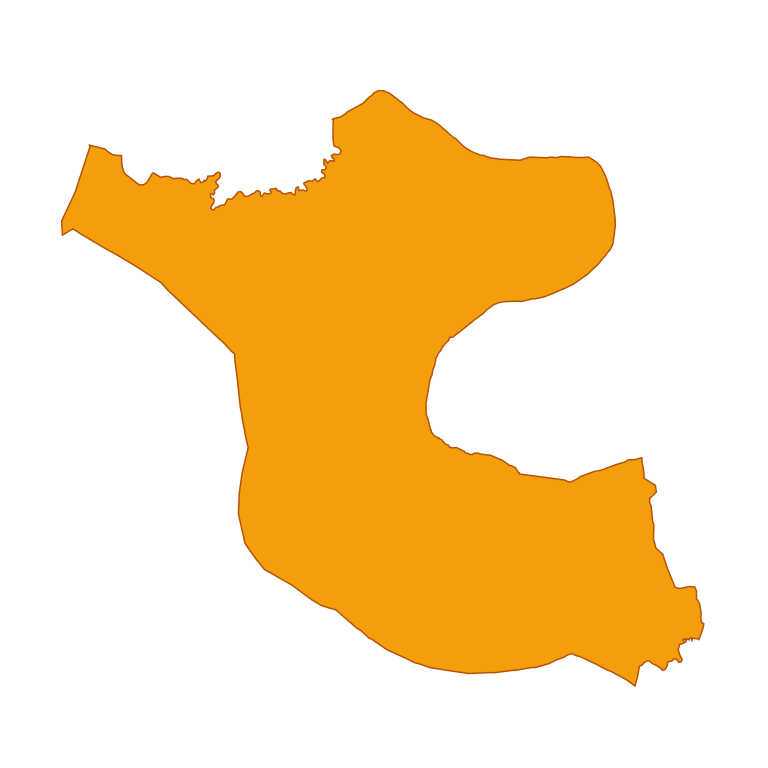 Niani, Central River, Gambia, rotated 182°
{"feature_id": "56634734B41420439456091", "entity_name": "Niani", "entity_type": "district", "adm_level": 2, "iso_a3": "GMB", "parent_name": "Gambia", "parent_adm1": "Central River", "projection": "robinson", "projection_center": [-14.889, 13.677], "detail": "fine", "context": "isolated", "style": "filled", "palette": "amber", "viewbox_px": 768, "rotation_deg": 182, "n_neighbors": 0, "source": "geoboundaries", "source_scale": "gbopen_adm2", "svg_char_len": 6091}
<svg xmlns="http://www.w3.org/2000/svg" viewBox="0 0 768 768"><g transform="rotate(182 384 384)"><path d="M710.6,521.7L709.8,522.0L704.7,525.4L701.7,527.4L699.8,528.1L692.9,523.7L670.4,511.4L668.0,510.1L655.9,504.0L634.2,491.9L610.6,477.7L603.6,470.5L554.2,426.8L545.1,419.0L537.8,411.6L534.3,408.7L533.7,401.2L531.6,389.4L529.5,375.1L526.8,355.8L525.3,349.7L524.3,343.6L519.5,322.6L517.5,315.7L522.7,290.3L524.8,270.0L524.9,249.0L517.3,219.8L504.7,203.1L504.3,203.0L496.9,194.4L468.5,179.5L448.7,165.8L438.3,160.2L425.4,156.8L424.6,157.1L423.8,156.3L415.5,149.5L410.4,145.4L402.2,138.7L398.8,137.0L390.3,129.7L387.4,128.6L371.7,118.5L351.8,110.3L343.5,106.5L339.4,105.7L328.3,102.2L310.8,100.0L289.2,97.6L278.1,98.5L267.7,99.3L263.8,99.3L245.3,102.3L242.4,102.5L226.7,105.8L223.3,105.8L209.2,110.4L201.6,114.5L194.6,117.2L191.0,119.6L186.8,121.2L182.2,119.1L178.6,118.5L171.7,115.4L162.7,111.6L150.8,105.9L146.9,104.6L131.6,97.0L122.6,91.0L120.4,100.5L119.0,110.0L118.5,111.1L116.3,112.1L113.9,114.9L111.2,116.5L108.8,116.2L106.1,114.0L101.7,112.1L98.6,110.3L95.4,107.5L93.0,108.6L91.1,112.4L90.8,115.9L89.4,116.5L86.7,117.0L84.8,119.2L82.6,119.5L80.9,117.8L79.9,116.2L77.5,116.5L76.5,118.4L76.7,119.6L77.2,120.5L78.7,123.0L80.9,129.5L80.1,130.6L79.7,134.1L76.7,134.9L73.8,136.5L76.3,138.2L76.3,139.0L75.3,139.8L72.9,138.2L72.9,140.1L69.9,139.0L69.9,140.3L68.0,141.1L67.3,138.7L66.4,140.7L61.1,140.1L60.5,139.6L58.4,145.2L56.8,150.7L56.2,153.4L56.1,155.6L57.9,156.5L58.6,157.9L58.8,158.9L59.1,160.3L59.1,162.0L59.1,163.4L59.1,165.5L59.4,167.5L59.7,169.5L60.1,170.8L60.4,172.5L60.6,173.9L60.7,174.7L61.7,176.6L62.7,178.5L62.9,178.7L64.2,180.1L64.5,188.2L65.9,190.9L66.4,192.0L71.9,192.2L81.6,189.8L86.1,191.2L94.5,210.0L99.6,223.9L102.1,225.6L106.6,229.6L107.8,234.0L109.3,238.1L109.3,252.0L110.9,257.1L112.7,271.0L114.5,275.4L114.5,278.8L108.1,285.5L109.3,292.3L120.6,298.7L121.5,306.5L123.2,314.1L123.2,314.4L123.4,315.5L123.6,316.2L123.6,318.5L123.7,319.2L124.0,319.2L127.4,318.2L130.1,317.2L137.3,316.7L140.0,314.7L148.2,311.9L156.4,308.6L163.9,305.5L171.2,303.8L184.3,298.4L187.9,295.7L194.0,292.6L196.4,292.6L199.8,294.3L245.6,298.8L245.6,299.8L246.5,300.1L249.8,305.2L252.2,305.9L253.8,306.9L255.6,306.9L262.5,311.6L275.6,316.7L280.4,316.7L282.4,317.2L284.2,317.2L288.2,318.2L291.8,317.9L293.0,316.6L295.8,316.6L296.7,317.2L297.6,317.6L299.7,317.6L301.5,319.6L302.4,319.9L309.1,323.0L312.1,322.7L314.9,322.7L315.8,323.3L316.7,323.7L317.3,325.0L318.5,325.4L320.0,326.1L320.9,326.4L324.6,330.5L325.8,330.8L327.9,332.2L329.7,332.8L332.2,334.2L334.0,336.6L335.2,337.6L335.2,339.6L335.8,339.9L337.9,347.1L338.5,349.8L339.7,352.1L340.8,355.7L340.9,357.1L341.4,366.9L340.8,368.9L340.8,371.6L339.6,378.7L338.4,389.2L337.1,393.0L336.2,395.3L336.2,396.3L335.6,400.1L334.1,404.1L333.2,409.5L333.2,410.9L330.5,417.0L328.3,419.7L326.8,423.1L324.1,426.5L320.8,429.9L320.1,432.9L316.8,433.2L315.3,434.6L299.1,448.3L295.1,452.0L293.0,453.1L291.2,455.1L287.8,457.5L284.2,461.5L277.8,466.6L276.0,467.6L272.7,469.0L268.4,470.3L263.3,470.7L256.3,471.3L249.9,471.3L244.1,472.7L238.4,474.4L236.0,474.4L226.9,476.7L223.5,478.1L217.5,480.8L209.9,484.5L208.7,484.9L198.3,490.3L190.8,496.0L184.4,500.8L178.9,506.5L174.7,510.6L169.4,517.5L167.2,519.9L166.0,522.3L163.0,525.7L161.8,528.0L160.0,532.1L159.7,536.5L159.1,540.9L158.8,545.6L158.4,549.7L158.7,556.5L160.0,565.0L160.6,569.0L161.8,575.8L162.4,578.5L163.3,580.9L163.9,584.3L164.8,586.0L166.0,589.0L167.2,592.4L168.7,596.8L170.0,599.5L171.8,603.2L173.3,605.9L175.1,609.0L177.2,611.0L178.8,612.7L181.5,614.4L183.6,615.8L187.5,617.8L197.6,617.1L202.1,617.1L205.4,617.5L215.4,617.5L220.0,616.1L221.2,616.4L226.4,616.5L228.2,615.8L246.1,615.8L248.8,615.1L255.5,612.4L277.9,612.7L278.5,613.1L285.0,613.6L292.9,616.0L295.4,616.0L302.9,618.7L305.7,620.0L310.5,622.7L312.9,624.4L314.5,625.8L321.1,631.9L321.7,631.9L323.9,633.3L327.8,636.6L339.3,645.8L344.5,648.8L346.0,649.5L353.6,651.2L356.6,652.6L363.9,656.0L369.0,659.4L375.1,665.1L383.6,671.2L388.4,674.6L394.8,677.0L399.7,677.0L404.2,674.6L406.6,671.6L408.1,670.9L414.8,663.8L430.0,654.7L432.1,652.6L437.0,649.2L439.7,648.6L444.2,647.2L444.5,646.8L443.9,646.9L443.9,637.1L443.3,625.5L442.4,620.5L440.0,619.1L437.9,618.8L435.8,616.7L434.9,615.0L436.1,612.7L437.9,611.6L442.4,612.0L444.6,610.6L443.7,608.3L441.5,606.9L441.5,605.2L446.1,605.2L447.9,602.8L450.9,606.6L451.8,606.2L451.8,601.5L450.0,599.8L449.4,598.4L450.0,596.4L453.7,595.7L453.7,593.4L450.3,591.0L450.3,588.3L453.1,587.9L454.6,586.3L457.0,583.9L458.8,585.2L460.0,586.6L462.8,584.2L464.6,584.2L466.4,584.6L467.9,583.6L471.0,582.2L471.0,581.2L469.1,578.8L467.6,576.4L468.2,574.1L469.5,574.1L471.3,575.1L475.8,574.4L476.4,577.8L477.3,577.8L478.6,577.1L479.5,573.1L479.5,570.4L480.1,569.7L482.2,570.7L483.4,572.1L486.1,571.7L489.8,570.4L491.0,570.4L493.1,571.7L494.9,573.4L496.4,573.1L498.9,575.8L501.3,575.1L504.3,574.8L504.9,573.8L503.7,572.4L503.7,571.4L504.0,570.4L506.8,570.0L510.4,570.7L511.0,569.4L512.5,567.0L513.7,567.7L514.6,571.7L516.5,572.8L518.3,572.4L520.4,570.1L521.9,569.7L526.5,566.7L529.8,566.7L531.9,569.7L533.4,571.1L536.2,571.1L540.1,566.0L542.6,563.3L545.6,563.6L547.1,563.0L548.3,559.9L549.5,557.5L553.2,556.9L554.4,556.5L556.2,554.8L558.0,554.8L560.2,551.8L563.2,553.2L562.9,555.5L560.4,559.3L560.1,560.6L560.7,563.3L563.5,564.0L564.1,568.1L562.6,568.1L561.4,567.0L560.1,568.4L560.1,571.8L556.5,575.2L556.5,576.5L557.7,577.9L558.6,578.2L559.2,580.6L555.9,584.0L555.0,585.7L555.0,588.4L556.5,590.1L558.6,589.1L559.2,588.7L561.9,586.0L565.6,585.7L567.1,585.7L568.3,582.0L569.5,580.6L570.7,581.3L572.3,579.2L574.1,578.9L576.2,582.3L578.2,580.8L580.6,577.4L583.9,577.7L588.2,581.5L591.2,581.5L593.0,582.5L598.2,582.5L600.9,581.8L602.1,582.2L606.7,583.9L609.7,583.9L614.3,582.8L617.6,584.5L620.6,586.2L622.1,586.9L623.4,585.6L625.8,580.8L628.8,576.4L631.3,574.7L635.5,574.4L647.3,582.9L650.0,584.9L651.9,588.0L653.1,592.0L654.0,597.1L654.3,603.2L659.4,603.2L663.1,603.6L667.6,606.3L671.6,609.3L686.7,612.4L686.2,610.6L699.3,565.1L711.9,535.6L711.2,528.9L710.6,521.7Z" fill="#f59e0b" stroke="#b45309" stroke-width="1.5"/></g></svg>